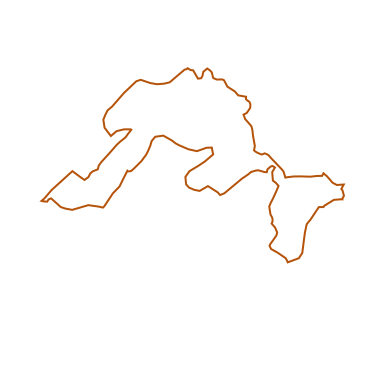 outline of Mahalet Demna, Ad Daqahliyah, Egypt, rotated 139°
{"feature_id": "37247803B51586038654960", "entity_name": "Mahalet Demna", "entity_type": "district", "adm_level": 2, "iso_a3": "EGY", "parent_name": "Egypt", "parent_adm1": "Ad Daqahliyah", "projection": "orthographic", "projection_center": [31.519, 31.09], "detail": "fine", "context": "isolated", "style": "outline", "palette": "amber", "viewbox_px": 384, "rotation_deg": 139, "n_neighbors": 0, "source": "geoboundaries", "source_scale": "gbopen_adm2", "svg_char_len": 2672}
<svg xmlns="http://www.w3.org/2000/svg" viewBox="0 0 384 384"><g transform="rotate(139 192 192)"><path d="M165.9,76.1L154.7,71.9L152.9,72.5L148.8,73.6L141.1,80.5L133.4,87.3L126.6,92.4L122.4,93.2L121.5,93.2L106.2,97.4L102.7,94.4L101.1,94.8L90.1,93.0L84.1,88.6L83.3,87.7L82.4,88.6L81.7,88.8L79.9,89.4L79.0,91.1L77.3,94.6L77.3,96.3L72.6,98.1L78.1,102.3L79.8,106.7L79.8,110.1L79.8,115.3L80.5,119.9L83.2,118.8L87.4,122.3L92.5,125.8L100.1,132.8L105.2,137.1L110.3,140.6L112.1,141.6L110.2,145.8L109.4,147.9L109.4,151.0L110.1,165.7L110.1,170.0L111.8,173.5L114.4,174.3L115.2,175.2L116.9,178.7L117.7,181.3L117.9,182.7L114.3,185.6L109.2,194.2L105.7,199.3L104.0,202.7L104.0,212.3L102.3,216.6L98.9,215.7L92.9,217.3L90.4,219.9L89.5,222.5L90.3,225.1L90.3,226.8L88.7,228.4L93.7,234.6L93.7,239.8L96.2,248.4L95.3,251.9L94.5,255.3L95.3,257.1L99.5,260.6L101.2,264.0L100.4,265.8L98.6,269.2L98.6,271.8L99.5,275.2L104.6,275.3L108.0,272.7L110.5,271.9L113.1,273.6L111.3,283.1L113.0,284.9L113.9,287.5L114.1,288.3L115.6,288.3L117.3,289.2L124.9,289.3L136.8,289.4L141.9,292.0L147.8,296.4L152.0,301.6L157.1,310.3L158.7,311.0L161.3,312.1L178.3,311.4L196.2,308.9L202.1,309.0L204.1,308.2L206.4,307.3L211.5,304.7L215.8,297.9L216.5,287.5L209.0,287.4L202.2,283.9L197.2,279.6L197.0,278.8L202.4,277.8L205.9,276.9L207.4,276.9L212.4,277.1L214.4,277.1L217.6,277.0L229.3,275.4L240.8,274.1L245.1,273.1L248.2,270.9L251.0,271.9L253.3,272.7L256.6,272.7L260.4,271.2L265.2,271.6L266.3,275.8L268.6,286.2L296.5,285.6L307.6,284.0L311.4,284.0L310.2,282.3L307.6,279.7L305.1,280.5L302.5,279.6L301.4,271.0L300.9,266.7L299.1,263.7L298.3,262.3L297.7,261.6L294.1,257.1L279.3,250.3L279.0,250.2L278.8,250.0L272.0,242.2L270.9,240.7L269.5,238.7L267.8,238.7L252.5,242.9L243.1,243.7L236.2,246.6L226.9,250.4L226.9,249.6L224.4,247.8L222.5,247.8L220.1,247.8L209.9,248.5L202.2,250.2L198.0,251.9L192.9,254.4L189.9,256.4L188.6,257.0L183.5,257.8L176.7,253.4L173.3,243.9L172.5,239.5L170.8,235.2L166.6,226.5L161.5,219.6L154.7,216.9L152.2,216.0L147.9,212.5L149.7,209.5L151.4,206.5L162.4,206.6L170.1,207.6L176.3,208.7L180.3,209.4L187.1,207.7L191.4,201.7L191.4,198.5L191.4,197.4L188.9,192.2L185.5,187.8L176.1,186.0L172.8,174.8L172.8,171.3L168.5,169.8L145.6,169.3L137.9,168.4L134.5,168.4L130.3,166.6L127.7,164.9L124.3,159.6L122.6,157.9L120.1,159.6L115.8,159.6L114.1,158.7L113.3,156.1L118.4,154.4L123.5,147.5L122.7,144.1L122.7,140.7L122.7,139.8L128.4,137.0L135.5,133.8L136.6,133.4L139.8,132.1L143.2,130.4L147.5,123.6L148.3,120.1L149.2,118.4L150.9,116.7L152.6,115.9L152.6,110.7L154.3,105.5L156.9,103.8L163.7,102.1L167.1,101.3L168.8,100.5L169.7,97.0L167.2,90.1L164.7,80.5L165.5,77.1L165.9,76.1Z" fill="none" stroke="#b45309" stroke-width="2"/></g></svg>